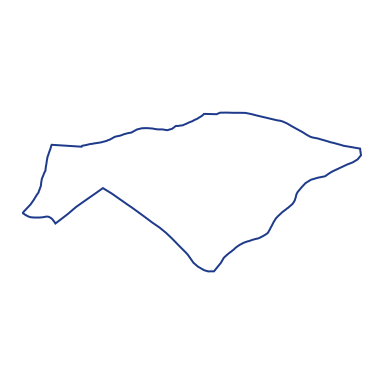 Beausejour/Ndc, Gros Islet, Saint Lucia
{"feature_id": "8701671B72446042689753", "entity_name": "Beausejour/Ndc", "entity_type": "district", "adm_level": 2, "iso_a3": "LCA", "parent_name": "Saint Lucia", "parent_adm1": "Gros Islet", "projection": "mercator", "projection_center": [-60.928, 14.077], "detail": "fine", "context": "isolated", "style": "outline", "palette": "blue", "viewbox_px": 384, "rotation_deg": 0, "n_neighbors": 0, "source": "geoboundaries", "source_scale": "gbopen_adm2", "svg_char_len": 4000}
<svg xmlns="http://www.w3.org/2000/svg" viewBox="0 0 384 384"><path d="M214.0,271.3L219.6,264.4L220.7,263.1L221.3,262.1L222.0,260.9L222.7,259.7L223.6,258.1L224.5,257.1L225.5,256.2L226.5,255.3L228.0,254.0L229.0,253.2L230.1,252.3L231.2,251.6L232.7,250.3L233.7,249.6L234.8,248.5L235.7,247.7L237.4,246.4L238.3,245.8L239.6,244.9L240.6,244.4L242.3,243.5L243.5,242.8L244.8,242.4L246.0,241.9L247.9,241.3L248.9,241.1L250.6,240.5L251.7,240.1L253.6,239.5L254.8,239.2L256.2,238.8L257.4,238.6L258.2,238.4L259.1,238.0L260.4,237.4L261.7,236.8L262.7,236.2L264.5,235.2L265.5,234.6L266.8,233.7L267.8,232.9L268.3,232.3L268.7,231.3L269.4,230.2L270.1,228.9L270.7,227.7L271.6,226.0L272.2,224.9L272.8,223.7L273.4,222.5L274.4,220.8L275.2,219.6L275.8,218.5L276.7,217.6L277.9,216.2L279.1,215.2L280.1,214.2L281.0,213.4L282.3,212.1L283.3,211.4L284.6,210.4L285.7,209.6L287.1,208.4L288.1,207.8L289.2,206.8L290.2,205.9L291.7,204.7L292.6,203.9L293.3,202.8L294.1,201.6L294.8,200.2L295.1,199.2L295.8,197.1L296.4,194.4L297.6,192.1L301.4,187.5L305.5,183.1L310.8,179.8L317.9,177.7L325.0,176.3L329.6,173.1L332.7,171.3L347.4,164.4L352.7,162.4L357.6,159.4L361.0,155.3L360.3,150.5L360.1,148.6L343.2,145.7L342.8,145.5L340.4,144.8L337.1,143.9L333.5,142.9L330.4,142.2L327.3,141.2L323.8,140.2L320.6,139.3L318.0,138.5L314.3,137.8L312.2,137.4L310.0,136.6L307.1,135.0L302.3,132.0L295.7,128.4L291.2,125.9L287.2,123.5L282.7,121.5L280.0,120.7L277.5,120.4L257.2,115.6L251.0,114.0L245.3,112.9L240.2,112.8L232.7,112.8L226.6,112.6L220.8,112.7L220.1,112.7L217.0,114.0L216.6,114.2L204.0,113.9L203.3,114.6L202.4,115.5L201.2,116.3L200.1,117.0L198.5,117.9L197.4,118.7L196.1,119.3L194.8,119.8L193.2,120.7L192.1,121.3L190.7,121.8L189.4,122.3L187.5,123.2L186.5,123.7L185.2,124.2L184.0,124.7L182.8,125.3L182.1,125.4L180.9,125.5L179.4,125.7L178.1,126.0L176.1,125.9L175.0,126.5L174.0,127.4L173.0,128.1L172.1,128.8L171.2,129.1L169.8,129.4L168.5,129.9L167.2,130.2L165.3,129.9L164.1,129.7L162.6,129.4L161.3,129.4L159.4,129.4L158.0,129.4L156.6,129.2L155.3,129.1L153.5,128.7L152.3,128.5L150.9,128.4L149.4,128.3L147.7,128.1L146.0,128.2L144.8,128.1L143.5,128.2L141.6,128.3L140.2,128.7L138.9,129.0L137.6,129.3L136.9,129.5L136.0,130.0L134.7,130.7L133.5,131.4L132.3,132.0L131.5,132.5L130.7,132.7L129.2,132.9L127.8,133.2L126.6,133.5L124.8,134.0L123.4,134.4L122.1,135.0L120.9,135.4L119.1,135.9L117.8,136.1L116.2,136.5L115.0,136.7L113.4,137.6L112.2,138.3L110.9,139.0L109.8,139.6L107.9,140.2L106.8,140.8L105.4,141.2L104.3,141.5L102.3,142.0L101.0,142.4L99.7,142.6L98.3,142.8L96.5,143.1L95.0,143.3L93.7,143.5L92.5,143.8L90.5,144.0L89.0,144.3L87.9,144.6L86.7,144.9L84.7,145.3L83.2,145.6L82.1,145.8L81.6,146.7L51.7,144.8L51.2,146.0L50.6,148.1L50.3,149.2L49.7,150.7L49.3,151.8L48.6,153.8L48.3,154.9L47.7,156.4L47.4,157.5L47.1,159.3L46.8,160.8L46.5,163.2L46.1,165.5L45.9,166.6L45.7,168.0L45.5,169.6L45.5,170.5L45.1,171.3L44.5,172.4L43.8,173.8L43.5,174.9L42.6,177.0L42.2,178.0L41.7,179.4L41.6,180.6L41.2,182.5L41.1,183.8L41.0,185.2L40.6,186.7L40.0,188.2L39.5,189.7L38.9,191.0L38.6,192.2L38.5,192.6L37.3,194.1L36.1,196.0L35.3,197.3L34.3,198.9L34.1,199.4L33.3,200.5L30.6,204.4L27.3,207.9L25.3,210.0L23.1,212.4L23.0,213.3L23.6,213.7L24.3,214.1L24.9,214.6L25.6,215.0L26.2,215.3L26.8,215.7L27.5,216.0L28.2,216.4L29.0,216.7L29.8,217.0L30.6,217.2L31.5,217.3L32.2,217.4L32.9,217.4L33.6,217.5L34.3,217.5L35.0,217.5L35.6,217.5L36.3,217.5L37.0,217.5L37.7,217.5L38.4,217.5L39.1,217.5L39.9,217.5L40.8,217.4L41.6,217.4L42.5,217.3L43.4,217.1L44.3,217.0L45.2,216.8L46.2,216.6L47.2,216.6L48.2,216.7L49.1,217.0L49.9,217.4L50.5,217.8L51.3,218.3L52.0,218.9L52.7,219.6L53.2,220.4L53.9,221.2L54.5,222.0L55.0,222.9L55.4,223.5L57.9,221.6L64.3,216.7L67.7,214.1L75.8,207.2L78.7,205.1L91.1,196.4L94.3,194.2L102.9,188.1L112.0,193.7L128.1,205.0L132.1,207.7L143.5,216.0L144.6,216.8L145.9,217.8L146.5,218.2L152.2,222.5L159.5,227.5L166.1,232.9L171.9,238.4L179.4,246.1L185.9,252.6L188.1,255.1L193.4,262.7L197.9,266.6L204.1,270.2L208.2,271.4L212.8,271.3L214.0,271.3Z" fill="none" stroke="#1e3a8a" stroke-width="2"/></svg>